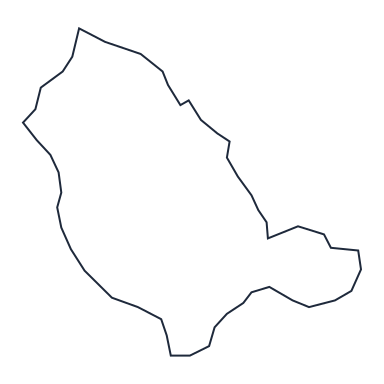 Lakatameia, Nicosia, Cyprus
{"feature_id": "46923920B42994337546292", "entity_name": "Lakatameia", "entity_type": "district", "adm_level": 2, "iso_a3": "CYP", "parent_name": "Cyprus", "parent_adm1": "Nicosia", "projection": "robinson", "projection_center": [33.31, 35.116], "detail": "fine", "context": "isolated", "style": "outline", "palette": "slate", "viewbox_px": 384, "rotation_deg": 0, "n_neighbors": 0, "source": "geoboundaries", "source_scale": "gbopen_adm2", "svg_char_len": 726}
<svg xmlns="http://www.w3.org/2000/svg" viewBox="0 0 384 384"><path d="M79.1,28.4L72.3,56.7L62.7,71.5L40.8,87.6L35.4,109.2L24.8,120.7L23.0,122.6L36.7,140.1L50.4,154.9L58.6,172.4L61.3,192.6L57.2,207.4L61.3,227.6L70.9,249.2L84.6,270.7L111.9,297.7L137.9,307.1L161.2,319.2L166.7,335.4L170.8,355.6L189.9,355.6L209.1,346.1L214.6,327.3L226.9,313.8L243.3,303.0L251.5,292.3L269.3,286.9L292.6,300.4L309.0,307.1L335.0,300.4L351.4,290.9L361.0,269.4L358.2,250.5L330.9,247.8L324.0,234.4L298.0,226.3L267.9,238.4L266.6,222.3L258.3,210.1L251.5,195.3L237.8,176.5L226.9,157.6L229.6,141.5L217.3,133.4L200.9,119.9L188.7,100.4L180.4,105.1L168.0,85.0L162.6,71.5L140.7,54.0L105.1,41.9L79.1,28.4Z" fill="none" stroke="#1e293b" stroke-width="2"/></svg>